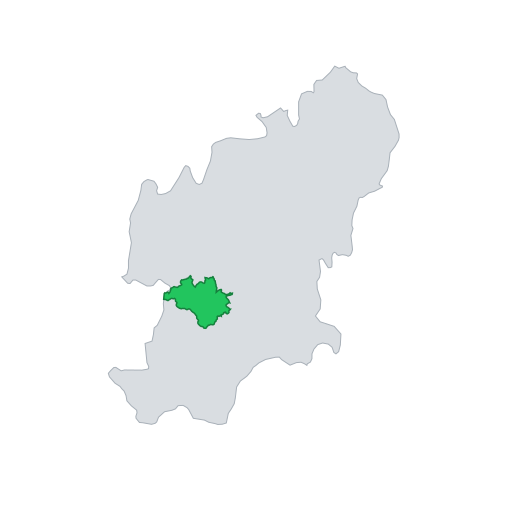 Rasinski highlighted on a map of Republic of Serbia, rotated 65°
{"feature_id": "SRB-833", "entity_name": "Rasinski", "entity_type": "District", "adm_level": 1, "iso_a3": "SRB", "parent_name": "Republic of Serbia", "parent_adm1": "", "projection": "mercator", "projection_center": [21.143, 43.49], "detail": "fine", "context": "in_parent", "style": "filled", "palette": "green", "viewbox_px": 512, "rotation_deg": 65, "n_neighbors": 0, "source": "natural_earth", "source_scale": "10m", "svg_char_len": 8954}
<svg xmlns="http://www.w3.org/2000/svg" viewBox="0 0 512 512"><g transform="rotate(65 256 256)"><path d="M286.3,200.6L297.3,204.1L302.2,207.4L304.8,211.6L311.8,214.4L323.2,215.8L331.1,220.2L335.5,227.5L342.7,225.7L352.8,214.9L362.6,212.0L372.3,217.2L377.6,221.5L378.5,224.9L376.3,226.2L370.9,225.6L366.4,227.7L363.0,232.4L362.4,237.5L364.9,242.9L368.3,246.6L372.7,248.7L375.1,251.5L375.4,255.1L376.6,256.1L374.0,257.7L371.3,260.1L369.7,264.4L369.3,271.3L360.7,276.6L357.5,277.6L356.0,281.1L353.8,291.1L354.1,298.6L355.2,302.5L355.7,305.6L358.5,309.4L361.1,315.2L362.7,323.0L366.5,328.9L376.0,334.8L380.7,338.2L384.2,343.1L386.9,347.6L394.8,353.5L394.2,357.7L392.5,361.9L390.7,363.8L386.7,369.1L382.9,372.1L376.6,381.4L366.7,381.9L364.3,382.6L360.6,385.2L358.7,389.8L360.5,393.6L360.3,397.3L358.5,404.7L360.9,412.5L364.4,416.1L365.0,418.1L364.4,421.8L359.2,429.2L357.6,432.0L352.3,433.3L350.5,432.6L347.8,430.1L345.3,429.3L339.1,432.3L332.7,434.2L327.7,432.8L322.8,432.6L319.4,433.8L316.8,434.3L311.8,437.5L303.6,439.9L299.9,439.4L298.5,436.3L297.0,432.0L297.7,430.1L303.1,426.7L303.7,423.4L311.2,407.7L312.6,402.6L312.7,401.0L310.7,399.9L306.6,399.9L288.4,393.5L289.2,386.2L283.9,382.2L278.1,378.7L277.1,374.8L270.7,366.8L266.0,362.3L260.0,360.1L254.8,356.8L251.7,354.8L250.4,351.1L250.4,348.9L248.8,346.8L246.3,347.0L242.1,350.0L236.9,352.5L236.0,354.4L237.9,358.8L239.2,361.6L238.6,364.2L237.0,367.6L227.0,375.1L225.8,377.7L227.7,381.8L226.5,383.8L218.2,386.5L218.4,384.2L217.9,380.6L213.1,376.7L206.4,373.6L191.3,363.3L185.6,361.9L180.4,360.7L173.0,355.7L169.2,354.8L165.0,351.3L155.8,339.2L148.0,332.7L142.7,329.3L141.2,326.1L140.9,322.8L141.0,321.6L145.1,316.9L148.2,316.2L152.2,316.1L154.8,318.5L158.3,319.0L160.2,315.9L161.2,311.5L160.8,305.9L152.4,292.7L145.3,283.6L144.4,281.5L146.0,279.8L148.5,278.9L151.2,279.7L158.2,280.3L164.9,279.5L167.2,277.2L167.2,274.2L164.7,271.4L156.9,263.9L150.7,257.2L143.5,252.1L138.2,250.0L136.6,247.4L136.0,244.6L136.6,239.5L136.9,233.0L138.2,228.9L143.0,221.1L147.6,212.9L150.4,205.0L151.9,197.6L151.4,195.5L149.0,193.9L143.9,192.4L136.8,193.7L130.8,196.4L128.5,196.6L127.7,193.3L128.7,191.9L130.5,192.0L132.1,192.7L133.7,191.2L134.7,186.7L132.2,171.2L136.7,169.8L136.8,167.5L137.2,165.6L141.8,168.3L148.3,168.3L154.0,167.8L154.9,166.3L154.8,164.0L153.7,162.3L151.6,160.9L150.2,158.7L146.3,157.8L134.3,152.2L128.3,146.2L128.5,139.9L130.2,136.4L132.3,135.1L131.7,134.0L124.9,131.0L122.5,126.9L124.5,121.6L120.9,111.0L117.2,104.4L120.9,101.5L121.4,97.4L121.7,95.1L123.2,95.1L129.1,92.4L131.2,90.2L132.5,87.6L133.9,87.0L137.8,89.8L142.0,90.0L146.7,88.2L150.2,85.8L154.4,83.7L156.3,82.3L158.7,80.1L163.6,73.5L169.2,72.1L176.6,73.8L184.7,74.4L190.7,72.9L205.9,74.8L209.2,76.3L211.3,78.0L215.3,83.6L219.1,90.9L224.5,94.2L230.8,98.2L234.1,101.1L238.9,109.8L242.7,114.0L243.9,113.8L245.2,112.7L246.1,111.8L247.1,112.6L247.1,115.2L247.4,121.1L246.5,127.2L247.8,133.1L247.9,134.9L246.9,136.6L247.0,138.1L248.4,139.7L253.5,143.5L258.3,149.5L263.8,153.6L268.9,156.3L272.1,156.5L277.4,161.3L287.8,164.7L291.1,165.9L293.4,167.9L295.1,170.2L295.2,172.6L293.6,173.8L291.3,177.1L290.4,181.1L288.7,182.1L287.1,182.2L285.8,183.4L286.1,185.1L287.5,186.7L289.7,188.2L293.8,189.7L297.9,191.9L297.9,193.6L297.1,195.5L291.8,196.2L288.0,196.5L286.2,197.3L286.3,200.6Z" fill="#d9dde1" stroke="#a8b0b8" stroke-width="1"/><path d="M253.1,350.8L252.5,349.5L252.0,348.9L251.3,348.2L250.1,347.1L249.4,346.9L249.4,346.5L249.3,345.8L249.3,345.6L249.4,344.9L249.4,344.7L249.1,343.8L249.1,343.6L249.1,343.4L249.3,343.1L249.3,342.9L249.9,342.5L250.0,342.4L250.2,341.9L250.4,341.6L250.8,341.2L251.0,341.0L251.2,340.6L251.3,340.2L251.0,339.6L250.9,339.4L250.8,339.2L250.7,338.3L250.7,338.0L250.9,337.7L250.9,337.4L250.8,336.6L250.7,335.5L250.0,335.3L249.7,335.3L249.4,335.4L248.9,335.6L248.6,335.7L248.3,335.7L248.2,335.6L247.0,335.0L246.8,334.7L246.6,334.1L246.2,333.6L246.2,333.3L246.3,333.2L246.7,332.8L246.8,332.5L246.8,332.3L246.8,331.9L246.8,331.7L247.1,330.4L247.2,329.6L247.3,329.4L247.6,328.8L247.6,328.6L247.5,328.4L247.2,327.9L247.1,327.7L247.4,327.1L247.5,326.8L247.5,326.6L247.4,326.3L246.8,325.5L246.5,324.6L246.1,323.9L246.6,323.6L247.1,323.5L247.4,323.6L247.9,324.1L248.1,324.3L248.4,324.3L249.2,324.2L249.7,324.1L249.8,324.0L250.3,323.5L250.4,323.4L250.6,323.3L250.8,323.3L251.0,323.3L251.2,323.5L251.7,324.0L251.9,324.2L252.2,324.6L252.4,324.9L252.8,325.1L253.3,325.3L254.0,325.4L255.2,325.3L256.2,325.1L256.7,325.0L256.9,325.0L257.6,324.6L258.5,324.2L257.5,322.9L257.4,322.7L257.1,322.2L256.8,321.7L256.7,321.4L256.8,321.0L256.7,320.6L256.5,319.7L256.4,319.3L256.0,318.8L255.9,318.5L255.9,318.0L255.9,317.8L256.0,317.4L256.2,316.9L256.5,316.5L256.9,316.1L257.8,315.6L258.8,314.6L258.9,314.4L258.8,314.1L258.7,313.9L258.0,313.3L257.3,313.0L257.0,312.9L256.8,312.6L256.7,312.1L256.6,311.9L256.4,311.8L256.1,311.7L255.4,311.7L254.0,311.3L254.3,310.9L254.6,310.3L254.8,310.1L255.1,309.7L255.8,309.1L256.5,308.7L256.6,308.3L256.4,307.6L256.3,307.1L256.3,306.6L256.4,306.1L256.4,305.9L256.8,305.3L256.9,305.1L256.9,304.8L256.9,304.6L256.8,304.4L256.6,304.0L256.5,303.8L256.6,303.7L257.0,303.7L257.2,303.9L257.8,304.0L257.9,303.9L258.1,303.7L259.3,303.6L259.8,303.9L260.4,304.0L260.6,304.0L260.9,303.8L261.2,303.6L261.5,303.5L262.0,303.8L263.0,304.0L263.6,304.3L264.1,304.3L265.1,304.4L265.5,304.5L266.2,304.9L266.5,305.0L267.3,305.0L268.3,304.9L268.5,305.0L268.9,305.4L269.6,305.7L269.7,305.8L270.1,306.2L270.3,306.4L272.1,307.4L271.6,305.7L271.4,305.2L271.4,304.9L271.4,304.4L271.3,303.9L271.2,303.5L271.3,303.2L271.5,302.8L271.5,302.6L271.5,302.2L271.5,301.8L271.6,301.7L271.9,301.6L272.5,301.8L272.9,302.0L273.4,302.5L273.5,302.6L273.9,302.7L274.1,302.7L274.4,302.5L275.0,302.0L276.0,301.3L276.3,301.0L276.6,300.5L276.9,300.3L277.6,300.1L278.0,299.9L278.3,299.6L278.4,299.4L278.5,298.6L278.8,297.8L278.9,297.3L278.9,296.8L278.8,296.3L278.8,296.0L278.4,295.0L279.3,294.5L279.4,294.4L279.5,294.2L279.7,293.1L280.5,293.6L280.7,293.9L280.8,294.2L280.8,294.3L280.6,294.7L280.5,295.0L280.6,295.7L280.6,296.1L280.6,296.3L280.1,297.4L280.0,297.5L280.1,298.1L280.1,298.5L280.0,298.8L279.7,299.1L279.6,299.4L279.7,299.6L279.8,299.8L279.9,300.0L280.1,300.2L280.7,300.4L281.0,300.5L282.4,300.2L283.6,299.7L284.6,299.5L285.1,299.5L285.6,299.6L287.3,299.6L286.8,300.2L287.5,303.5L287.9,304.0L289.0,304.1L289.6,304.0L289.8,303.9L290.4,303.3L291.0,303.0L291.5,302.9L292.1,302.4L292.4,302.4L292.6,302.4L292.9,302.3L293.2,302.0L293.4,301.6L293.7,302.1L293.8,302.4L294.0,303.4L294.1,303.7L294.3,303.8L294.7,304.0L295.5,304.2L295.7,304.3L295.8,304.4L295.9,304.6L296.2,305.4L296.3,306.3L296.3,306.5L296.2,306.7L295.8,307.0L295.4,307.3L295.2,307.4L294.5,307.2L294.3,307.2L294.0,307.3L293.9,307.4L293.8,307.6L293.7,309.1L294.1,309.1L294.5,309.8L294.8,310.5L294.8,311.3L294.5,312.3L295.1,312.4L295.3,312.6L295.6,312.8L295.9,312.9L295.6,313.1L295.3,313.3L295.2,313.7L295.0,314.2L295.1,315.1L294.4,315.7L294.3,315.9L294.3,316.0L294.4,316.7L295.4,317.1L296.2,317.5L296.7,317.6L296.9,318.1L297.1,319.0L297.4,319.3L298.0,319.7L298.2,319.9L298.3,320.0L298.3,320.3L298.3,320.8L298.4,321.1L298.9,321.6L299.3,322.1L300.0,322.7L300.2,323.0L300.2,323.6L300.2,323.8L300.1,324.2L300.0,324.3L299.7,324.8L299.4,325.3L299.0,325.7L298.8,326.0L299.0,327.1L298.9,327.3L298.9,327.6L298.6,328.2L298.6,328.4L298.6,328.6L299.0,329.1L299.2,329.9L299.3,330.2L299.6,330.7L300.0,331.2L300.2,331.5L300.2,332.1L300.2,332.3L300.1,332.5L299.4,333.6L299.2,333.7L299.1,333.8L298.2,333.8L297.8,334.0L297.1,334.6L296.9,335.0L296.7,335.5L296.0,335.9L295.4,336.3L294.5,336.6L293.7,336.9L293.3,337.0L292.6,337.1L292.2,337.0L291.3,336.6L291.0,336.4L290.7,335.8L290.6,335.6L290.4,335.5L290.1,335.4L289.6,335.4L289.4,335.4L289.3,335.5L288.4,335.8L287.4,336.0L287.0,335.9L286.5,335.6L286.1,335.5L285.3,335.2L285.0,335.2L284.8,335.2L284.0,335.6L283.5,335.7L282.5,335.8L282.1,335.9L281.6,336.1L280.2,337.0L278.9,337.6L278.7,337.7L278.0,337.8L276.5,338.2L276.4,338.3L275.7,338.9L275.6,339.1L275.5,339.3L275.4,339.6L275.4,339.8L275.6,340.3L275.6,340.5L275.5,340.9L275.4,341.3L275.2,341.6L274.6,342.0L274.1,342.4L273.5,342.8L273.3,343.0L273.2,343.2L273.1,343.3L272.9,344.1L272.4,344.9L272.3,345.1L272.3,345.9L272.3,346.0L272.2,346.2L271.8,346.5L271.6,346.6L271.3,347.1L271.2,347.3L271.0,347.5L270.0,348.0L269.3,348.5L268.5,348.9L268.1,349.0L267.6,349.1L267.0,349.1L266.6,348.9L266.1,348.6L265.9,348.5L265.8,348.1L265.6,347.9L264.6,347.3L264.3,347.4L263.8,347.7L263.3,347.9L263.0,348.0L262.8,348.0L262.3,347.8L261.3,347.3L261.1,347.3L260.3,347.6L260.0,347.7L259.9,347.8L259.9,348.0L260.0,348.5L259.9,348.9L259.5,349.5L258.9,350.1L258.8,350.4L258.7,350.6L258.7,351.1L258.7,351.6L258.9,352.4L259.0,353.7L259.0,354.0L259.2,354.3L259.2,354.6L258.6,355.3L257.9,355.7L257.6,355.8L257.5,356.0L257.2,356.5L256.8,357.0L256.5,357.7L256.3,358.0L251.3,355.1L250.9,354.4L251.2,354.3L251.4,353.1L251.5,351.7L251.4,351.3L252.2,350.6L252.9,350.8L253.1,350.8Z" fill="#22c55e" stroke="#15803d" stroke-width="1.5"/></g></svg>